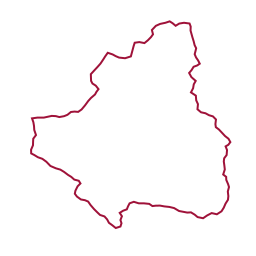 outline of Antônio Carlos, Santa Catarina, Brazil, rotated 262°
{"feature_id": "56859067B23811775155613", "entity_name": "Antônio Carlos", "entity_type": "district", "adm_level": 2, "iso_a3": "BRA", "parent_name": "Brazil", "parent_adm1": "Santa Catarina", "projection": "mercator", "projection_center": [-48.829, -27.486], "detail": "fine", "context": "isolated", "style": "outline", "palette": "rose", "viewbox_px": 256, "rotation_deg": 262, "n_neighbors": 0, "source": "geoboundaries", "source_scale": "gbopen_adm2", "svg_char_len": 2147}
<svg xmlns="http://www.w3.org/2000/svg" viewBox="0 0 256 256"><g transform="rotate(262 128 128)"><path d="M32.5,209.0L35.7,211.7L39.6,214.1L43.0,217.0L46.6,217.9L51.2,218.0L55.5,219.8L58.5,219.3L62.9,218.1L66.0,218.4L68.7,215.8L73.5,218.1L77.9,218.2L81.5,218.2L84.6,219.0L87.5,221.9L92.4,223.0L96.2,222.1L97.4,225.0L99.8,227.4L103.4,226.0L106.5,223.0L110.5,220.2L113.9,217.8L116.6,215.1L119.7,215.1L124.2,216.3L127.7,213.7L129.4,210.0L131.8,206.8L133.4,202.5L136.9,199.4L141.9,200.6L145.9,199.4L150.6,199.7L154.5,195.3L158.3,198.0L162.1,199.2L165.2,201.6L169.5,197.9L174.0,196.2L176.5,199.0L179.5,201.5L180.3,205.2L181.7,208.0L185.2,206.8L188.4,205.2L191.8,204.3L194.7,205.5L197.5,206.6L200.8,205.5L204.7,205.1L209.0,204.4L212.0,204.0L215.8,203.5L219.7,204.2L222.9,203.5L224.4,198.1L224.3,193.3L222.6,189.4L225.6,186.7L227.8,184.1L227.0,179.8L226.6,174.3L225.3,169.8L221.7,165.3L217.3,165.8L214.8,163.4L212.1,159.9L209.8,156.1L211.5,151.2L211.5,146.5L208.4,145.0L198.5,140.8L197.5,134.8L199.0,128.9L200.9,125.8L203.0,123.0L205.3,118.4L202.0,115.3L199.4,113.1L195.6,109.7L192.7,106.3L190.1,103.1L186.5,98.7L182.8,98.3L179.8,98.0L177.0,99.0L174.4,102.0L170.6,104.2L168.2,101.8L165.8,100.0L162.9,95.5L160.3,92.4L156.3,88.5L152.8,84.6L150.9,80.9L151.7,77.3L151.8,73.7L149.5,69.9L148.6,66.3L148.4,61.5L149.8,58.2L150.6,54.2L150.3,50.1L150.0,46.0L150.9,39.8L150.9,34.3L146.9,35.1L143.0,35.2L139.1,34.9L133.8,35.9L130.6,32.7L127.6,32.1L124.1,31.5L120.0,29.0L116.3,28.6L114.4,31.3L111.6,34.7L109.4,38.9L106.0,42.4L101.2,45.9L98.1,51.0L96.2,55.2L93.4,58.6L89.9,62.1L87.5,65.0L84.4,67.6L82.6,71.9L79.7,73.2L77.3,70.0L73.2,67.2L70.3,66.2L67.2,67.9L63.8,71.4L62.5,75.3L60.7,78.3L56.9,80.2L52.4,83.1L48.7,85.9L45.8,88.2L43.7,92.4L40.4,94.6L36.8,95.9L33.8,99.0L30.7,101.9L31.5,106.8L34.6,108.3L37.9,107.7L41.5,109.7L45.1,108.0L46.8,111.7L47.6,115.5L50.4,117.1L53.2,119.1L54.1,123.5L51.9,128.2L51.2,133.2L49.9,138.5L47.3,141.3L47.2,144.8L46.7,148.9L45.3,153.1L44.1,157.9L42.3,162.5L38.7,167.0L37.2,171.4L36.0,174.9L35.7,178.6L32.9,182.0L30.1,184.5L28.2,189.8L30.4,194.2L32.1,199.0L30.2,204.0L32.5,209.0Z" fill="none" stroke="#9f1239" stroke-width="2"/></g></svg>